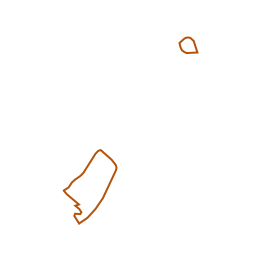 the border of Ajman, rotated 292°
{"feature_id": "ARE-346", "entity_name": "Ajman", "entity_type": "Emirate", "adm_level": 1, "iso_a3": "ARE", "parent_name": "United Arab Emirates", "parent_adm1": "", "projection": "albers", "projection_center": [55.668, 25.371], "detail": "fine", "context": "isolated", "style": "outline", "palette": "amber", "viewbox_px": 256, "rotation_deg": 292, "n_neighbors": 0, "source": "natural_earth", "source_scale": "10m", "svg_char_len": 670}
<svg xmlns="http://www.w3.org/2000/svg" viewBox="0 0 256 256"><g transform="rotate(292 128 128)"><path d="M21.1,118.5L26.4,111.1L28.7,111.1L30.3,116.0L32.4,116.3L34.6,113.3L36.2,108.3L38.7,111.1L43.7,96.0L45.9,91.9L46.0,91.9L46.3,92.1L50.6,95.2L56.5,96.4L60.2,98.2L65.7,101.8L69.8,103.5L91.9,107.5L95.7,109.0L97.3,111.0L92.5,124.6L89.1,130.5L87.0,132.2L84.6,132.7L53.5,131.0L40.7,128.2L29.6,124.1L21.3,118.6L21.1,118.5L21.1,118.5ZM226.1,143.9L231.2,146.4L232.4,147.1L233.3,147.9L234.1,149.1L234.6,150.5L234.9,152.0L233.3,156.3L224.0,164.1L219.4,154.2L219.6,151.8L220.2,149.1L221.8,147.2L223.2,145.9L226.1,143.9Z" fill="none" stroke="#b45309" stroke-width="2"/></g></svg>